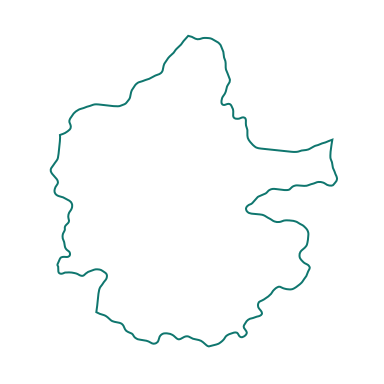 Sabana Grande de Boyá, Monte Plata, Dominican Republic (Robinson projection), rotated 276°
{"feature_id": "3306468B74800067614401", "entity_name": "Sabana Grande de Boyá", "entity_type": "district", "adm_level": 2, "iso_a3": "DOM", "parent_name": "Dominican Republic", "parent_adm1": "Monte Plata", "projection": "robinson", "projection_center": [-69.796, 18.975], "detail": "fine", "context": "isolated", "style": "outline", "palette": "teal", "viewbox_px": 384, "rotation_deg": 276, "n_neighbors": 0, "source": "geoboundaries", "source_scale": "gbopen_adm2", "svg_char_len": 5907}
<svg xmlns="http://www.w3.org/2000/svg" viewBox="0 0 384 384"><g transform="rotate(276 192 192)"><path d="M62.5,109.4L61.2,113.0L60.3,117.5L59.8,119.0L58.7,121.0L56.0,124.7L55.3,126.1L54.8,128.4L54.3,133.7L53.9,135.1L53.6,135.8L52.8,136.9L51.8,137.8L48.4,139.8L47.0,141.2L46.1,143.1L44.9,146.9L44.2,147.9L42.3,149.4L41.4,150.3L40.4,152.1L39.9,153.5L39.7,155.8L39.3,162.2L38.8,164.4L37.3,168.1L37.1,169.5L37.4,171.0L38.0,172.2L39.4,173.6L40.7,174.1L44.6,174.9L45.8,175.5L46.9,176.4L47.8,177.5L48.4,178.8L48.7,180.4L48.8,181.9L48.6,185.1L47.9,187.3L47.2,188.7L44.7,192.2L44.2,193.4L44.1,194.1L44.2,194.8L44.7,196.0L47.1,199.5L47.7,200.8L48.0,202.2L47.9,203.7L46.2,208.2L46.0,209.7L45.5,214.3L44.9,216.6L43.8,218.6L41.2,222.3L40.5,223.5L40.2,224.9L42.9,232.2L43.9,234.3L45.4,236.1L47.0,237.7L48.8,239.1L51.9,240.7L53.3,242.1L54.5,243.9L56.5,248.3L56.8,249.5L56.9,250.2L56.7,251.5L56.0,252.4L53.9,253.9L53.2,254.8L52.9,255.4L52.8,256.0L52.8,256.8L53.0,257.4L54.1,259.2L55.7,260.6L56.9,261.1L57.6,261.2L58.2,261.1L59.3,260.5L62.3,257.9L63.5,257.5L64.1,257.5L65.2,257.8L69.2,259.8L70.8,261.2L72.0,262.9L73.0,265.7L74.8,269.5L75.5,271.5L76.1,272.6L76.9,273.6L77.9,274.2L78.5,274.3L79.8,273.9L80.8,273.2L83.3,270.7L84.5,269.9L85.2,269.7L86.5,269.4L87.8,269.5L89.1,269.9L89.6,270.2L90.4,271.2L91.4,272.9L92.6,274.7L96.1,278.8L99.0,281.3L102.1,282.9L103.3,283.8L105.0,285.3L106.3,287.0L106.9,288.3L106.9,289.6L105.9,292.5L105.6,293.9L105.3,296.2L105.3,298.6L105.4,300.2L105.8,301.7L106.1,302.4L106.9,303.7L108.3,305.5L111.5,308.9L113.2,310.4L114.4,311.2L116.9,312.5L120.4,314.5L125.1,315.8L127.9,316.9L129.0,317.0L129.5,316.9L130.5,316.2L131.4,315.3L132.0,314.1L133.0,311.5L133.8,310.2L135.3,308.4L136.3,307.3L137.6,306.3L138.2,306.0L139.6,305.6L141.8,305.5L143.8,306.1L145.1,306.9L148.4,310.0L150.3,311.3L151.6,311.8L153.8,312.1L156.7,312.3L161.9,312.2L163.3,312.0L164.7,311.5L166.0,310.8L167.2,309.8L168.2,308.7L169.7,306.8L170.5,305.5L171.6,302.7L173.1,299.6L173.5,298.2L173.9,295.8L173.9,291.8L173.7,288.7L173.2,286.4L171.7,283.3L171.3,281.9L171.0,279.6L171.3,277.3L171.7,275.9L173.3,272.8L174.4,270.1L175.9,267.0L176.4,265.6L176.7,264.1L176.8,261.7L176.7,253.6L176.9,252.1L177.2,250.6L177.9,249.4L178.8,248.4L180.0,247.7L181.4,247.4L182.7,247.8L183.8,248.5L185.1,249.9L186.3,252.1L187.2,253.1L193.9,257.9L194.6,258.9L198.2,265.3L199.0,266.2L201.5,268.1L202.3,269.2L203.0,270.4L203.5,271.9L203.7,273.5L203.7,276.0L203.6,283.6L203.8,286.0L204.1,287.4L204.7,288.7L207.4,291.0L208.3,292.1L208.9,293.3L209.4,294.7L209.6,296.2L209.8,302.6L210.1,304.9L210.6,306.3L212.1,309.4L213.2,312.2L214.8,315.3L215.2,316.7L215.4,319.0L215.1,321.3L214.7,322.6L213.2,325.7L212.8,327.8L212.9,330.0L213.4,331.3L213.9,331.8L216.4,333.5L218.1,334.5L219.4,334.8L220.8,334.8L222.6,334.1L224.8,332.8L227.3,331.6L230.8,329.6L236.2,328.1L239.1,326.6L240.4,326.1L242.7,325.8L246.5,325.6L253.6,325.8L258.7,326.1L257.0,322.7L255.3,319.6L253.9,316.2L251.9,312.5L250.8,309.7L250.0,308.4L247.3,304.6L246.5,303.3L245.7,301.1L244.7,296.7L243.3,293.5L242.9,292.1L242.5,289.5L242.4,286.9L242.4,256.1L242.5,253.5L242.8,251.9L243.0,251.1L243.8,249.6L245.2,247.6L247.9,244.6L249.7,243.0L251.7,241.8L253.9,241.2L259.4,240.6L260.7,240.1L263.7,238.8L265.7,238.4L269.0,238.1L270.2,237.7L270.7,237.4L271.1,237.0L271.4,236.4L271.6,235.1L271.3,233.9L269.9,231.2L269.6,229.9L269.5,227.8L269.9,226.5L270.3,226.0L270.8,225.5L271.9,225.0L276.6,224.6L278.6,224.1L281.8,222.2L282.8,221.4L283.4,220.3L283.5,219.1L283.2,217.9L282.0,215.4L281.9,214.2L282.0,213.6L282.3,213.0L283.3,212.2L284.5,211.9L285.8,211.8L288.5,212.1L289.9,212.6L292.8,214.2L294.1,214.7L295.5,215.1L300.5,215.8L301.8,216.3L305.2,217.9L307.2,218.0L307.9,217.9L313.8,214.9L317.3,213.0L319.3,212.5L323.6,212.0L325.7,211.5L329.2,209.8L334.7,208.5L340.0,205.7L341.2,205.0L342.6,203.5L343.4,202.4L346.3,195.9L346.7,194.4L346.8,192.8L346.7,189.7L346.5,188.1L346.2,186.7L344.9,183.6L344.5,181.5L344.8,179.4L346.3,175.6L346.9,171.9L341.2,167.8L337.5,165.7L332.9,161.8L331.7,160.9L328.6,159.2L324.5,155.6L322.7,154.3L316.7,151.1L314.6,150.6L309.7,150.1L308.4,149.6L307.3,148.9L305.9,147.3L304.0,143.4L300.1,137.6L298.6,134.2L297.0,131.0L295.6,127.7L294.9,126.6L293.4,125.1L292.3,124.3L286.9,121.5L284.8,121.0L279.8,120.5L278.5,120.2L277.3,119.6L274.0,117.5L273.0,116.7L272.2,115.6L270.4,112.1L269.8,110.8L269.5,109.2L269.2,105.1L269.3,90.0L269.2,87.5L268.9,85.9L268.4,84.5L266.9,81.4L265.8,78.6L264.2,75.5L262.8,72.1L262.1,70.8L259.9,68.0L257.7,66.1L252.4,63.2L251.2,62.8L249.9,62.6L248.6,62.8L245.9,64.2L244.7,64.6L243.3,64.6L242.6,64.5L241.4,63.9L239.4,62.0L237.5,59.7L236.4,57.8L234.9,54.7L232.6,55.1L228.7,55.3L216.0,55.3L212.1,55.1L210.6,54.8L209.3,54.2L206.4,52.5L204.0,51.2L201.2,49.6L199.9,49.2L199.2,49.2L197.9,49.4L196.6,50.1L195.4,51.1L190.5,56.3L189.3,57.1L188.6,57.4L187.2,57.7L185.9,57.4L182.6,55.7L180.6,55.2L179.2,55.1L177.8,55.3L177.1,55.6L176.0,56.3L175.1,57.3L174.4,58.6L174.0,60.0L173.2,64.4L170.5,71.0L169.3,72.7L168.2,73.5L167.0,74.1L165.6,74.3L164.2,74.3L162.8,74.0L161.5,73.5L158.7,72.0L156.6,71.5L154.6,71.5L153.3,71.8L150.6,72.7L149.4,72.6L148.3,72.1L145.7,70.0L144.6,69.4L143.5,69.2L141.1,69.5L140.0,69.2L137.2,68.1L135.8,67.9L134.4,67.9L132.3,68.3L128.8,70.1L124.8,71.2L123.5,71.7L122.4,72.5L121.5,73.4L119.9,76.0L119.5,76.4L118.4,77.0L117.3,77.2L116.7,77.2L115.5,76.7L114.7,75.7L114.3,74.5L114.1,71.1L113.8,69.8L113.2,68.6L112.8,68.2L111.7,67.6L106.0,65.8L105.0,65.9L103.8,66.7L99.0,67.4L97.9,67.9L97.5,68.4L97.2,69.0L97.0,69.6L97.1,71.0L97.5,72.1L98.6,74.1L99.2,78.2L99.3,80.9L99.1,83.5L98.9,85.1L98.5,86.7L97.5,89.0L97.2,90.2L97.1,91.5L97.5,92.7L97.9,93.2L100.0,95.1L101.7,97.1L104.5,102.8L105.0,104.3L105.2,105.8L105.2,108.2L104.9,109.7L104.0,111.6L102.5,114.4L101.6,115.4L101.0,115.8L99.8,116.2L98.5,116.2L97.1,116.0L95.9,115.5L93.1,113.7L90.6,112.4L87.8,110.7L86.4,110.2L84.9,109.9L81.0,109.6L69.0,109.6L62.5,109.4Z" fill="none" stroke="#0f766e" stroke-width="2"/></g></svg>